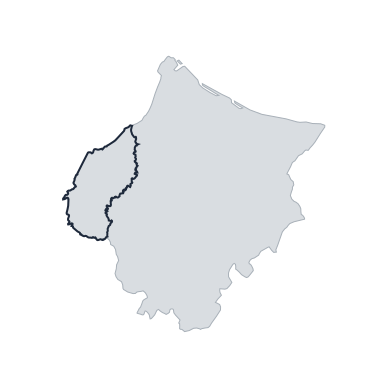 where Zanzan sits in Ivory Coast, rotated 215°
{"feature_id": "CIV-3449", "entity_name": "Zanzan", "entity_type": "Region", "adm_level": 1, "iso_a3": "CIV", "parent_name": "Ivory Coast", "parent_adm1": "", "projection": "natural_earth1", "projection_center": [-3.572, 8.502], "detail": "fine", "context": "in_parent", "style": "outline", "palette": "slate", "viewbox_px": 384, "rotation_deg": 215, "n_neighbors": 0, "source": "natural_earth", "source_scale": "10m", "svg_char_len": 9124}
<svg xmlns="http://www.w3.org/2000/svg" viewBox="0 0 384 384"><g transform="rotate(215 192 192)"><path d="M106.3,84.3L107.3,84.3L110.1,83.3L112.5,81.3L114.8,76.9L118.0,73.4L121.4,73.7L122.5,73.0L123.7,72.9L125.2,75.2L126.6,77.0L127.7,77.0L128.4,80.3L134.8,81.7L137.5,82.6L139.8,85.0L140.6,85.1L141.6,84.6L142.4,83.7L142.5,82.8L141.5,80.6L142.0,78.7L143.0,76.9L144.7,76.8L147.1,76.3L150.0,76.3L152.1,76.6L152.9,74.9L152.1,70.0L152.4,67.2L152.7,65.0L153.5,64.0L156.6,66.9L159.5,67.9L161.6,68.0L162.2,67.5L161.3,64.3L161.5,63.4L162.3,62.8L163.7,62.5L167.4,61.2L167.7,61.5L168.4,66.4L168.1,68.1L168.9,71.4L169.8,74.5L169.7,75.8L168.9,77.7L168.0,79.5L168.1,80.2L169.6,81.4L172.4,82.7L175.3,83.0L176.9,81.2L178.6,79.7L179.8,78.4L180.2,76.4L182.0,75.0L187.3,73.2L192.2,72.9L193.3,73.5L195.5,76.2L198.3,78.1L202.5,77.8L205.6,79.0L208.3,81.1L210.0,85.7L212.0,89.1L212.8,93.8L215.9,96.4L218.3,97.5L221.6,101.0L225.0,102.7L228.5,102.3L230.1,104.1L232.7,105.4L235.3,105.5L237.6,101.5L240.7,99.9L248.3,96.7L251.4,95.3L254.4,94.4L261.8,94.1L268.7,95.1L272.1,95.8L274.5,95.3L276.7,97.2L279.0,101.2L280.8,102.4L282.8,103.8L284.2,107.0L285.8,110.1L286.8,111.5L288.8,114.5L290.6,114.6L292.3,113.3L293.1,112.3L293.4,114.3L292.7,117.6L292.9,119.6L293.9,120.4L293.3,123.1L291.3,127.5L291.3,130.2L293.3,131.0L294.7,133.8L295.6,138.6L296.5,140.2L296.6,141.2L298.0,152.8L299.8,164.5L298.7,166.0L297.1,166.5L296.1,167.0L295.8,168.1L296.5,169.7L296.0,171.2L294.1,172.2L289.8,175.9L289.5,177.3L288.4,180.5L287.4,182.4L286.0,186.0L283.8,195.5L283.0,203.3L282.9,205.7L282.0,207.4L281.1,209.8L276.4,216.5L274.1,222.0L274.4,224.4L274.5,226.8L273.8,228.5L273.9,233.2L274.5,237.0L275.3,240.8L278.7,251.6L280.4,258.2L281.5,263.4L282.5,267.0L283.4,268.4L283.7,269.8L288.7,270.8L289.7,271.5L291.1,278.4L290.8,281.5L289.9,282.7L289.9,285.3L289.7,288.6L288.9,289.9L286.1,290.0L284.2,291.3L281.7,290.8L281.5,290.0L280.1,289.7L276.4,287.8L277.0,281.9L275.3,281.6L274.0,282.4L271.4,289.6L270.1,290.8L251.6,287.1L247.6,284.1L242.8,283.4L234.4,283.8L227.4,284.7L225.5,286.5L242.9,285.4L244.8,285.6L245.7,286.7L223.6,289.1L215.2,290.5L212.7,290.1L210.8,287.8L201.6,287.5L199.7,288.3L198.6,290.0L202.2,289.6L207.9,289.5L209.4,290.8L191.6,292.5L179.3,295.7L174.0,298.1L156.8,305.9L146.3,309.6L143.5,311.0L138.7,314.8L132.6,317.2L125.7,321.7L121.5,322.8L120.5,321.3L120.4,313.7L119.9,303.5L120.1,299.6L120.6,295.9L120.7,292.8L122.8,291.7L123.3,290.4L123.6,286.5L125.6,282.8L125.6,276.5L126.2,275.2L126.7,273.6L125.8,269.4L124.8,261.6L124.2,261.1L123.8,261.5L122.7,261.6L118.3,258.9L115.0,258.5L112.7,256.2L112.5,253.5L111.4,252.0L110.6,249.0L109.4,245.5L106.1,243.4L103.1,242.9L100.9,243.3L98.3,243.2L95.3,242.0L93.3,240.7L91.4,238.2L89.6,236.2L88.2,236.4L86.4,235.9L84.7,235.0L84.2,234.3L91.3,226.2L93.8,222.2L94.1,219.8L94.1,217.4L94.9,214.9L95.1,211.1L91.2,197.2L90.2,192.9L89.1,191.7L88.4,191.2L90.4,189.4L93.2,189.9L97.4,191.3L98.3,189.9L101.6,182.9L101.5,180.3L101.2,178.5L103.1,173.7L104.6,171.9L105.3,169.8L105.1,167.1L104.0,166.1L102.5,166.3L100.7,165.6L98.0,164.1L96.7,162.7L97.1,156.3L97.4,154.4L98.3,153.2L99.8,152.9L104.0,152.7L107.4,153.5L110.4,153.9L112.0,153.9L113.2,155.8L114.9,157.7L116.5,157.7L117.0,156.2L116.7,150.0L115.7,146.7L113.4,143.5L107.5,140.8L107.4,137.0L108.0,132.9L109.3,131.3L113.7,128.7L112.9,127.3L111.5,125.8L108.7,124.3L109.4,119.4L109.5,115.0L107.2,115.4L104.8,115.7L102.7,114.3L101.0,111.7L100.7,104.3L100.8,95.8L100.5,92.1L101.1,90.1L103.2,88.2L105.5,85.8L106.3,84.3ZM279.3,290.9L278.4,292.5L273.7,291.5L274.8,290.1L279.3,290.9Z" fill="#d9dde1" stroke="#a8b0b8" stroke-width="1"/><path d="M293.3,112.0L293.8,112.7L293.8,113.2L293.7,114.6L293.7,114.9L293.9,115.6L293.9,116.7L293.7,117.4L293.3,117.7L292.8,117.9L292.5,118.5L292.4,119.3L292.7,119.9L293.2,120.3L293.8,120.5L294.4,120.8L294.3,121.6L293.9,122.4L292.8,123.1L292.4,123.8L291.8,125.3L291.0,126.2L290.9,126.5L290.8,128.5L290.6,129.2L290.3,129.8L290.7,130.0L290.9,130.3L291.2,130.5L291.6,130.6L292.6,130.6L293.4,130.9L294.3,131.4L294.6,132.1L294.6,132.9L295.2,134.8L295.4,135.0L295.6,135.1L295.8,135.2L295.9,135.5L295.9,136.2L296.6,139.1L296.6,139.6L296.2,139.9L296.0,140.2L295.9,140.7L296.1,141.0L296.4,140.8L296.5,141.5L298.2,153.0L299.8,164.5L299.6,165.1L298.0,166.2L297.5,166.4L297.1,166.3L296.6,166.1L296.4,166.1L296.1,166.3L295.9,166.9L295.7,167.5L295.8,168.0L296.3,169.2L296.5,170.2L296.5,170.9L296.1,171.4L295.4,171.9L293.3,172.7L292.7,173.2L291.0,175.4L290.5,175.9L290.4,175.8L290.2,175.5L290.0,175.4L289.8,175.4L289.7,175.7L289.5,178.8L289.4,179.2L289.1,179.6L288.3,180.1L288.0,180.4L288.0,180.7L288.1,181.2L288.1,181.4L288.0,181.7L287.6,182.2L287.5,182.4L284.9,188.8L284.4,190.4L282.7,203.0L282.8,203.5L283.0,204.1L283.2,204.4L283.4,204.7L283.3,205.3L283.0,206.1L281.4,208.4L281.2,208.8L280.9,210.9L280.8,211.2L279.0,211.8L278.9,211.1L277.5,207.8L277.0,207.3L276.5,206.7L275.3,205.9L274.5,205.2L274.1,204.9L271.5,204.0L270.8,203.8L270.3,203.9L270.0,204.4L269.8,204.7L269.7,204.9L269.3,204.8L268.7,204.0L268.4,203.6L268.2,203.5L268.1,203.3L268.1,203.1L267.5,201.0L267.4,200.8L267.2,200.6L266.7,200.3L266.5,200.2L266.3,200.1L266.1,200.2L265.7,200.0L264.9,199.8L264.6,199.8L263.5,200.2L264.0,199.3L263.9,198.4L264.5,198.0L264.6,197.4L264.4,195.7L263.5,194.3L263.4,194.0L263.2,193.8L262.9,193.6L262.5,193.5L262.1,193.4L261.7,193.1L261.4,192.9L261.3,192.5L262.0,191.7L262.2,191.2L261.9,190.0L261.2,189.8L259.8,190.2L259.5,190.0L259.3,189.6L259.1,189.3L258.7,189.1L258.6,188.8L258.5,188.3L258.4,187.7L258.0,187.4L257.1,187.2L256.7,186.8L256.4,185.4L256.7,184.5L256.2,184.0L255.4,183.9L254.7,184.0L254.5,183.7L254.2,183.5L253.9,183.5L253.5,183.7L253.3,182.9L252.9,182.5L252.3,182.4L251.6,182.3L251.6,182.1L251.9,181.9L252.0,181.6L251.8,180.8L251.7,180.6L251.4,180.2L251.5,179.7L251.8,179.3L251.6,178.6L251.4,178.1L251.3,177.8L250.8,177.4L250.4,177.9L250.0,177.5L248.9,177.2L248.4,177.0L247.9,176.6L248.2,176.4L248.6,176.2L249.3,175.6L249.5,175.2L249.6,174.8L249.4,174.0L249.0,174.0L248.7,174.3L248.3,174.3L247.8,174.2L247.2,174.4L246.7,174.4L246.5,173.8L246.7,171.9L246.8,170.4L247.2,169.4L247.8,168.9L248.6,169.1L248.8,169.0L249.1,168.5L249.1,168.3L248.7,167.8L247.3,165.9L247.0,165.7L246.6,165.7L246.3,165.5L246.2,165.0L246.4,164.5L246.9,163.7L247.0,163.2L246.8,162.8L245.9,162.2L245.7,161.5L245.6,161.0L245.5,160.6L245.9,160.5L247.7,160.5L248.2,160.4L248.5,160.0L248.5,159.6L248.5,159.2L248.3,158.8L247.9,158.4L247.9,158.2L248.1,158.1L248.2,157.8L248.2,157.6L248.3,157.5L248.4,157.3L248.4,157.0L248.3,156.8L248.2,156.8L247.9,156.8L247.8,156.5L247.5,156.2L247.5,155.9L247.7,155.3L247.8,155.5L248.3,155.4L249.0,155.1L249.3,154.3L249.4,153.8L249.1,153.0L247.8,152.2L247.7,151.4L247.9,151.2L248.5,151.0L248.8,150.4L249.8,149.6L249.8,149.0L249.6,148.1L249.5,147.9L249.3,147.3L248.9,146.9L249.3,145.4L249.6,144.9L250.2,144.6L251.3,144.6L251.8,144.5L252.1,144.1L251.5,143.9L251.6,143.6L252.3,143.0L253.2,141.3L253.4,141.0L253.8,141.2L254.2,141.4L254.4,141.2L254.5,140.3L254.3,139.8L253.9,139.3L253.5,139.0L253.0,139.0L253.0,138.9L252.9,138.8L253.0,138.5L253.1,138.3L253.2,138.2L253.5,138.2L253.5,137.9L252.8,137.2L251.8,135.8L251.2,135.2L250.7,134.2L250.9,133.5L251.7,133.0L252.6,132.6L253.0,132.5L253.5,132.5L253.9,132.3L254.0,131.7L253.7,131.3L253.2,130.9L252.6,130.7L251.4,130.3L251.1,129.6L251.2,128.7L251.6,127.8L251.9,128.4L252.3,128.9L252.6,128.8L252.6,127.8L252.3,127.1L251.9,127.1L251.3,127.4L250.6,127.5L250.7,127.3L250.9,127.2L250.4,126.6L250.8,125.2L250.2,125.0L249.2,125.0L248.9,125.0L248.8,124.7L248.7,124.2L248.6,123.8L248.3,123.6L247.9,123.5L247.2,123.1L245.8,122.7L244.8,122.0L243.9,121.0L243.7,121.2L243.5,121.3L243.2,121.3L242.9,121.3L242.3,121.5L241.7,121.9L241.4,122.2L241.4,122.5L240.9,122.4L240.6,122.0L240.5,121.6L240.4,121.3L240.5,120.6L240.7,120.2L240.8,119.8L240.7,119.1L240.6,118.9L240.3,118.6L240.2,118.2L240.2,117.9L240.3,117.6L240.4,117.4L240.4,117.2L240.5,116.8L240.7,116.4L240.7,116.1L240.6,115.8L240.3,115.1L240.1,113.8L239.8,113.2L238.9,112.2L238.7,111.8L238.6,111.5L238.5,111.2L238.5,110.8L238.4,110.3L238.2,110.1L237.9,109.9L237.7,109.7L236.1,107.2L235.7,107.0L235.9,106.7L236.4,105.7L236.5,105.2L236.3,104.2L236.4,103.8L236.5,103.5L237.6,102.2L237.2,102.0L237.5,101.5L238.1,101.2L239.5,101.0L240.1,100.6L241.1,99.0L241.8,98.4L242.4,98.3L244.4,99.0L244.7,99.3L244.9,99.3L245.2,99.3L245.2,99.1L245.2,98.9L245.3,98.8L245.8,98.5L246.1,98.4L247.2,98.3L247.5,97.8L247.6,97.1L248.1,96.8L248.9,96.5L250.2,95.6L250.9,95.3L251.0,95.3L253.3,95.3L254.0,95.0L254.3,94.8L254.8,94.1L255.2,93.8L255.7,93.6L257.4,93.4L257.7,93.4L258.1,93.7L258.4,93.8L258.6,93.6L258.9,93.2L259.0,93.1L259.5,93.3L259.7,93.5L260.0,93.9L260.3,94.2L261.0,94.3L263.1,94.0L268.6,94.5L269.1,94.7L269.7,95.4L270.1,95.6L270.4,95.5L270.8,95.2L271.2,95.0L271.3,95.3L271.3,96.1L271.3,97.0L271.7,97.5L272.5,97.4L273.0,96.8L274.2,94.9L274.8,94.4L275.2,94.7L275.2,95.5L275.1,96.5L275.3,97.3L275.9,97.7L276.7,97.8L277.5,98.0L278.2,99.0L278.7,100.9L279.0,101.9L279.6,102.5L280.3,102.5L281.5,102.1L282.1,102.3L282.7,102.9L283.1,103.9L283.8,105.8L285.5,109.7L289.0,115.2L289.9,115.9L290.7,115.9L291.4,115.3L292.2,113.2L293.3,112.0Z" fill="none" stroke="#1e293b" stroke-width="2"/></g></svg>